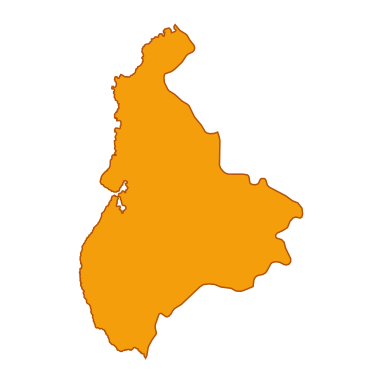 the district of Luperon, Puerto Plata, Dominican Republic, rotated 271°
{"feature_id": "3306468B16106454484671", "entity_name": "Luperon", "entity_type": "district", "adm_level": 2, "iso_a3": "DOM", "parent_name": "Dominican Republic", "parent_adm1": "Puerto Plata", "projection": "mercator", "projection_center": [-70.936, 19.84], "detail": "fine", "context": "isolated", "style": "filled", "palette": "amber", "viewbox_px": 384, "rotation_deg": 271, "n_neighbors": 0, "source": "geoboundaries", "source_scale": "gbopen_adm2", "svg_char_len": 5991}
<svg xmlns="http://www.w3.org/2000/svg" viewBox="0 0 384 384"><g transform="rotate(271 192 192)"><path d="M252.3,216.6L251.0,213.1L250.6,209.0L251.2,205.9L252.5,204.1L258.9,200.2L267.0,193.2L278.2,187.5L279.7,185.8L282.7,180.5L289.2,173.1L292.7,167.3L294.4,165.9L301.0,162.5L306.5,161.9L308.6,162.4L309.8,163.1L312.0,169.2L314.3,172.4L321.9,180.0L328.3,184.0L329.8,185.7L332.1,190.2L333.7,191.6L335.1,192.1L336.7,192.1L338.8,191.3L343.9,187.1L348.4,184.5L349.9,182.9L353.2,177.2L359.0,172.2L357.2,171.1L354.9,171.4L353.7,173.1L353.1,173.1L352.1,172.1L350.9,168.7L353.7,168.1L355.6,166.1L354.3,161.8L353.7,161.8L353.1,160.8L351.5,160.8L351.2,162.1L350.3,161.8L350.6,161.1L349.3,161.8L347.4,161.4L347.4,160.4L348.1,160.4L348.4,159.8L349.6,159.1L349.6,157.1L348.1,155.8L346.5,155.8L346.2,155.1L346.5,152.5L345.3,151.8L344.3,149.8L344.3,148.8L342.4,149.1L341.2,147.5L340.6,147.5L339.3,145.8L339.0,143.5L337.8,141.8L336.8,141.8L336.2,140.5L335.3,140.5L334.6,139.8L330.9,139.5L330.0,140.5L327.1,141.2L326.5,140.8L326.5,140.2L325.0,139.5L324.3,140.5L321.8,140.8L321.5,140.2L320.6,140.2L318.7,139.2L316.8,137.2L316.2,135.5L314.6,135.2L314.0,133.9L310.6,133.2L309.0,131.9L309.0,131.2L307.8,130.2L307.5,128.9L305.9,127.6L305.9,124.6L306.2,124.6L305.9,122.9L307.1,121.2L307.5,119.9L308.1,119.6L308.1,118.6L306.8,118.3L306.5,117.6L304.7,117.3L304.3,115.9L305.9,114.9L305.9,113.6L305.3,112.9L303.1,112.6L303.1,112.9L301.2,113.3L300.3,114.3L297.5,114.6L295.3,113.3L295.3,111.9L296.2,111.3L296.2,110.3L294.4,109.9L293.7,110.3L293.7,111.9L292.5,112.9L290.9,112.6L290.9,111.9L289.3,111.9L288.1,112.9L285.3,112.6L284.7,113.3L282.5,113.9L281.5,115.9L280.3,115.9L279.0,116.6L278.7,117.6L277.5,116.9L274.7,117.6L273.7,116.3L272.5,116.3L272.5,115.9L271.5,115.9L271.2,115.3L270.3,115.3L270.3,114.6L268.4,113.3L265.3,113.3L264.4,113.9L264.4,114.9L264.7,114.9L264.4,115.9L263.4,115.9L263.1,115.3L261.9,115.6L262.2,118.6L261.2,119.6L258.1,119.9L256.9,119.2L255.0,119.2L254.1,118.6L254.7,114.9L253.7,113.9L252.5,113.9L252.5,113.6L250.9,113.6L250.9,114.3L249.7,115.6L248.4,115.6L246.3,114.3L245.0,114.3L244.4,114.9L242.5,114.9L241.9,113.6L237.5,113.9L236.3,114.6L235.3,113.9L233.8,113.9L233.4,114.6L231.6,114.9L231.6,115.3L229.1,113.9L228.4,114.3L228.1,115.3L227.5,115.3L227.2,113.6L227.8,113.3L227.5,111.9L226.3,111.3L223.8,111.3L222.5,109.9L216.3,109.6L214.4,108.6L212.8,107.0L212.2,107.0L211.9,106.3L211.3,106.3L210.9,105.0L209.7,104.3L209.1,103.3L208.5,103.3L207.8,102.3L205.3,101.0L203.5,101.0L203.5,100.6L200.6,100.0L198.2,101.3L197.5,103.3L196.9,103.3L195.6,104.6L194.1,108.0L193.1,108.6L192.5,110.6L191.3,111.6L191.3,112.9L190.7,113.9L190.7,116.6L191.3,116.9L191.6,118.6L192.2,119.2L195.0,119.9L195.3,120.6L197.5,121.6L197.8,122.6L199.7,122.6L200.6,123.6L201.9,123.6L202.2,125.2L201.0,127.2L199.7,126.9L199.4,125.2L197.8,125.6L197.2,126.6L196.0,126.9L195.3,127.9L193.1,126.9L192.8,125.9L192.2,125.6L190.3,125.6L190.3,124.6L191.3,124.2L191.9,122.9L191.3,121.9L190.7,121.9L189.4,120.6L189.4,119.2L188.5,118.6L186.6,118.6L185.3,120.6L183.2,120.6L182.8,121.2L178.5,122.2L177.5,122.9L177.2,124.9L176.0,126.2L174.1,126.2L172.2,124.6L172.2,123.6L170.0,123.6L169.7,122.2L171.6,121.9L172.2,120.9L172.9,120.9L173.2,119.9L174.4,119.9L175.0,120.6L176.6,120.2L176.6,119.2L176.0,118.9L176.3,118.9L176.3,116.9L176.9,116.6L179.1,116.9L179.1,117.3L182.5,117.3L184.1,118.3L185.7,117.9L186.3,116.9L186.3,115.6L186.9,115.3L186.9,114.3L187.2,114.3L186.3,112.3L184.7,111.6L182.8,111.6L182.2,111.3L182.2,110.6L180.3,109.9L180.0,109.3L178.5,109.3L177.8,108.6L176.9,108.6L176.0,106.6L171.3,104.6L168.8,102.0L166.0,102.0L160.4,99.7L160.0,99.0L158.2,98.3L154.4,94.3L152.9,94.3L151.9,93.3L150.7,93.3L149.4,92.7L149.4,92.0L147.5,91.0L146.9,89.7L145.4,89.7L144.7,88.0L143.8,88.0L143.5,87.4L141.9,87.0L141.6,86.4L138.8,85.4L138.5,84.7L136.6,84.0L135.7,83.0L132.6,83.4L128.8,81.7L126.3,82.0L125.4,81.4L121.9,81.4L120.4,82.0L118.5,82.0L118.2,82.7L117.3,82.7L117.3,83.0L114.4,83.0L113.8,82.7L113.8,82.0L113.2,82.0L113.2,81.4L109.8,81.4L109.8,81.0L108.8,81.0L108.2,81.7L106.9,81.7L106.9,81.4L103.5,81.7L103.5,82.0L101.6,81.7L101.6,82.0L98.8,82.4L98.8,83.0L97.6,82.4L96.3,82.4L95.4,83.4L94.1,83.4L93.8,84.0L92.9,84.0L91.0,86.0L90.1,85.7L89.8,85.0L87.9,85.4L87.3,86.0L84.8,86.0L82.3,88.4L80.4,88.4L79.1,89.0L77.6,91.3L76.0,92.3L73.8,92.7L72.9,93.3L70.4,93.0L70.4,93.3L68.5,93.7L67.3,95.0L65.1,94.7L62.9,95.7L61.0,95.7L59.8,96.7L58.8,96.7L57.0,97.7L55.7,97.7L54.5,98.7L54.5,101.0L53.5,102.0L53.9,104.3L52.9,105.3L52.3,107.0L51.0,107.3L50.7,108.0L48.9,108.3L46.4,110.6L45.1,110.6L44.5,111.3L40.4,112.3L38.2,114.6L37.6,116.6L35.1,119.2L32.6,120.2L32.6,121.2L31.4,123.2L31.4,124.9L32.3,125.9L32.6,127.6L33.2,127.9L32.9,129.2L33.2,129.2L33.5,131.5L32.9,132.9L33.2,133.2L32.9,134.2L33.5,134.5L33.9,135.5L35.4,136.2L35.4,138.2L34.5,139.2L34.2,140.8L33.2,140.8L31.4,142.5L31.1,143.5L30.4,143.5L30.4,144.2L29.5,144.8L29.2,146.8L27.0,147.1L25.0,148.5L27.8,149.7L36.4,151.0L43.1,154.4L49.5,158.7L50.8,158.8L55.2,157.6L58.3,157.5L69.2,161.1L70.0,162.1L70.1,163.4L66.8,168.2L66.8,169.6L67.4,171.0L69.7,173.1L73.0,174.8L75.2,176.7L79.5,183.4L97.1,201.3L99.6,204.9L100.4,210.1L100.0,216.2L97.5,222.6L96.4,232.7L93.8,237.7L93.6,242.4L94.2,244.7L98.5,254.7L105.0,255.4L107.8,256.7L109.6,259.0L110.8,264.2L112.3,266.7L114.0,268.1L121.6,272.1L123.0,273.7L123.7,276.6L123.6,278.9L123.1,281.3L121.2,285.1L120.7,287.2L121.2,289.4L122.0,290.6L123.9,291.8L126.9,291.9L137.4,286.6L143.3,285.0L145.9,282.5L147.4,277.5L148.4,276.6L149.8,276.4L151.1,276.8L152.6,278.2L155.0,283.4L158.1,288.1L164.2,290.4L167.8,293.5L168.8,296.2L167.8,300.5L168.8,302.2L172.2,303.0L177.8,302.2L183.0,297.9L185.0,292.5L189.8,285.8L198.3,269.0L200.4,267.1L205.0,265.7L206.1,265.0L206.7,263.9L206.7,261.3L206.0,260.1L202.2,258.5L201.2,257.6L200.4,255.4L200.4,253.0L201.1,250.8L202.2,249.7L208.0,248.7L209.3,248.0L210.2,246.7L210.7,242.5L210.5,228.5L211.1,225.8L212.9,223.0L216.0,220.3L219.2,219.0L243.6,219.0L247.1,218.4L252.3,216.6Z" fill="#f59e0b" stroke="#b45309" stroke-width="1.5"/></g></svg>